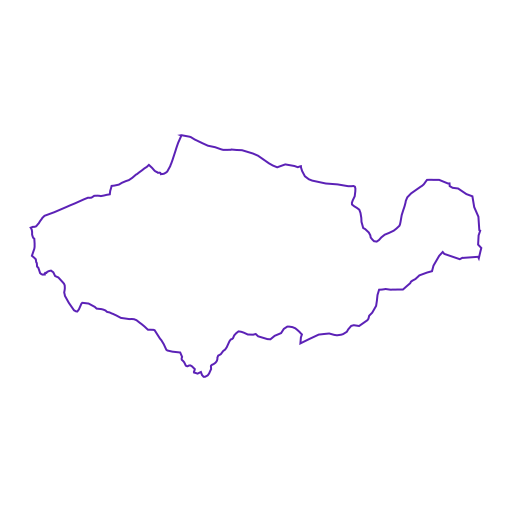 outline of Hulu Sungai Tengah, Kalimantan Selatan, Indonesia
{"feature_id": "22746128B20472072190374", "entity_name": "Hulu Sungai Tengah", "entity_type": "district", "adm_level": 2, "iso_a3": "IDN", "parent_name": "Indonesia", "parent_adm1": "Kalimantan Selatan", "projection": "natural_earth1", "projection_center": [115.446, -2.611], "detail": "fine", "context": "isolated", "style": "outline", "palette": "violet", "viewbox_px": 512, "rotation_deg": 0, "n_neighbors": 0, "source": "geoboundaries", "source_scale": "gbopen_adm2", "svg_char_len": 5155}
<svg xmlns="http://www.w3.org/2000/svg" viewBox="0 0 512 512"><path d="M180.9,135.3L181.4,135.5L179.8,139.1L178.2,142.7L177.1,145.8L176.5,147.6L176.2,148.5L175.4,151.1L172.5,160.0L171.2,163.6L170.7,164.7L170.2,166.2L167.2,171.6L166.2,172.4L165.9,172.6L165.6,172.8L164.0,173.7L162.6,174.0L161.8,174.0L160.9,174.2L160.3,172.9L159.9,172.7L159.1,172.7L157.9,172.8L157.0,172.1L156.9,172.0L156.6,172.0L156.4,171.8L155.5,171.4L154.8,170.9L153.9,170.0L153.5,169.5L152.1,167.9L148.9,164.9L146.8,166.9L144.4,168.4L141.9,170.4L139.0,172.5L137.0,174.1L136.0,174.6L132.3,177.8L128.9,180.1L125.9,181.1L121.9,182.8L118.9,184.6L114.3,185.6L111.6,185.9L111.1,187.9L110.8,189.0L110.4,190.2L110.2,191.0L109.8,194.3L108.9,194.5L106.8,194.8L104.0,195.5L100.8,196.1L99.4,195.8L97.7,195.7L96.9,195.7L94.2,195.8L93.2,196.5L91.5,197.6L89.9,197.8L88.0,197.7L84.0,199.3L74.9,203.4L70.0,205.4L66.4,207.0L54.3,212.2L44.5,215.8L43.5,216.8L43.2,217.1L42.4,217.8L42.3,218.1L41.3,219.5L40.3,220.8L39.4,222.2L38.9,223.1L38.3,223.8L37.9,224.2L36.7,225.7L35.8,226.5L34.0,226.9L33.0,226.8L31.7,227.3L30.7,227.7L31.1,228.3L31.8,229.9L32.1,232.0L32.1,234.6L32.7,236.6L33.2,237.8L34.3,238.7L34.6,243.5L34.6,245.6L34.6,246.6L34.6,246.9L34.5,247.5L34.3,248.8L33.4,251.4L31.9,255.8L32.0,255.9L34.2,257.7L35.8,259.3L36.2,262.1L36.8,263.1L37.1,266.6L38.3,267.7L38.4,268.1L38.7,268.9L39.0,269.7L40.1,273.1L40.7,273.6L40.9,273.8L41.6,274.2L42.4,274.6L43.3,274.6L44.0,274.5L44.5,274.5L44.5,274.4L44.8,274.4L44.8,273.4L45.3,272.8L46.3,273.0L47.3,271.8L49.2,271.0L51.0,270.6L53.3,272.3L55.1,276.0L57.7,277.2L58.3,277.4L62.8,282.3L64.0,283.7L64.7,285.4L64.8,287.4L64.8,288.8L64.5,290.8L64.2,292.4L64.3,292.9L64.8,295.0L64.9,295.8L68.8,302.8L74.0,310.3L76.1,311.4L77.3,311.5L78.9,309.4L81.4,303.7L82.3,302.8L88.2,303.5L88.5,303.5L94.8,306.9L96.6,308.6L101.3,309.1L103.3,309.6L105.5,310.5L106.9,311.8L107.9,312.1L109.5,312.4L111.6,313.4L113.5,314.1L114.0,314.4L116.2,315.4L120.9,317.9L125.9,318.6L129.3,319.1L131.8,319.0L133.9,319.2L134.0,319.2L136.5,320.2L139.8,322.8L141.6,324.1L144.5,326.5L147.9,329.7L153.3,329.8L154.6,330.2L159.9,338.5L161.4,340.3L163.7,344.1L163.8,344.3L166.3,349.7L166.4,349.8L167.4,350.5L172.6,351.7L172.8,351.7L180.2,352.5L182.1,356.9L181.9,357.5L181.7,358.0L181.6,358.9L181.8,359.8L183.1,361.0L184.2,362.3L185.8,365.6L186.2,365.9L187.3,366.3L188.3,365.9L188.5,365.8L189.0,365.5L190.3,365.4L191.8,366.2L194.8,369.1L194.7,369.7L194.4,370.7L194.1,371.4L193.9,372.0L194.1,372.6L194.6,372.7L196.1,373.1L197.4,373.6L197.6,373.6L200.9,372.0L202.0,375.0L203.6,376.8L205.0,376.8L206.0,376.3L207.7,375.4L209.1,373.5L210.2,371.0L211.1,369.1L211.0,367.1L210.9,366.3L211.0,365.8L211.1,365.6L212.0,364.8L213.4,364.2L214.3,363.6L215.4,362.8L216.4,361.6L217.0,360.5L217.4,359.0L217.4,357.8L217.4,357.6L218.2,355.6L219.4,355.0L220.8,354.2L223.1,351.1L223.7,350.6L225.1,349.6L226.7,347.3L229.3,341.6L229.9,340.6L230.9,339.4L232.1,339.0L233.0,338.2L234.2,335.4L236.2,333.2L238.5,331.4L240.2,331.6L241.6,331.9L243.9,332.7L247.8,334.5L250.6,334.6L253.2,334.7L253.8,334.5L255.7,334.0L258.1,336.3L267.4,339.1L270.4,339.3L274.7,335.8L281.1,333.1L283.8,328.9L287.3,326.6L289.1,326.6L292.4,327.1L295.3,328.3L297.4,330.0L299.6,332.0L300.8,333.4L301.2,333.7L301.9,334.4L300.9,337.5L300.4,343.4L308.9,339.2L318.7,334.6L324.0,334.0L329.2,333.5L334.3,334.9L337.0,335.3L341.2,334.7L343.1,334.1L346.8,331.8L348.2,329.4L351.2,325.9L353.8,325.2L359.1,326.0L367.4,320.2L368.4,318.8L369.2,315.7L372.2,312.7L376.1,305.9L376.9,300.7L377.5,295.0L379.1,289.7L381.6,289.6L383.2,289.4L384.6,289.2L385.5,289.0L390.5,289.7L392.7,289.6L393.0,289.6L403.0,289.5L406.6,286.3L410.2,283.2L411.0,281.6L412.0,281.0L412.1,280.8L415.5,279.0L416.7,277.8L416.8,277.7L417.0,277.6L417.5,277.2L417.7,276.9L418.4,276.3L419.3,275.4L427.2,272.5L432.0,271.2L433.5,265.6L439.2,255.8L442.7,252.0L444.3,253.9L459.8,259.2L462.4,257.8L463.0,257.9L478.1,256.8L478.8,258.3L480.4,251.5L481.3,248.0L478.1,244.6L478.6,235.4L480.2,230.7L479.3,230.1L478.4,216.7L474.2,207.1L472.4,196.3L466.4,194.1L458.1,188.5L452.6,187.8L449.7,186.1L449.5,183.4L448.0,183.5L439.2,179.9L429.2,179.8L427.0,179.9L425.0,182.6L424.9,182.8L423.7,184.4L422.1,185.8L420.5,186.8L418.8,188.0L416.5,189.6L411.1,193.4L407.3,197.3L405.8,200.9L405.5,202.7L405.1,204.2L404.6,206.1L404.0,208.0L403.3,210.0L401.7,215.1L400.5,222.0L400.0,224.3L399.4,225.8L396.4,228.6L393.7,230.7L389.1,232.9L384.7,234.7L381.3,237.4L379.0,240.0L376.7,241.6L374.0,241.2L372.3,239.5L370.7,237.5L370.3,235.3L368.8,232.5L365.2,229.1L363.2,228.0L361.5,221.9L361.3,217.9L360.5,213.0L359.3,209.7L356.9,207.9L354.1,206.2L352.0,204.5L351.9,202.8L352.8,200.2L354.7,196.3L355.3,191.4L355.4,188.6L354.9,186.7L353.5,186.0L351.5,186.2L348.2,186.2L337.6,184.4L331.1,183.9L325.8,183.5L312.2,180.6L308.9,179.3L304.9,176.3L302.1,171.0L301.0,167.5L300.9,166.2L300.0,166.4L297.8,167.2L294.4,166.0L285.3,164.4L285.0,164.5L277.2,167.3L272.8,165.5L268.9,163.3L258.0,155.7L252.9,153.5L242.0,150.2L237.0,150.0L236.7,150.0L231.3,149.5L230.9,149.8L223.3,149.9L221.4,149.4L220.2,149.0L215.1,147.2L207.9,145.7L202.2,143.1L194.7,139.5L190.8,137.1L189.5,136.7L181.5,135.2L180.9,135.3Z" fill="none" stroke="#5b21b6" stroke-width="2"/></svg>